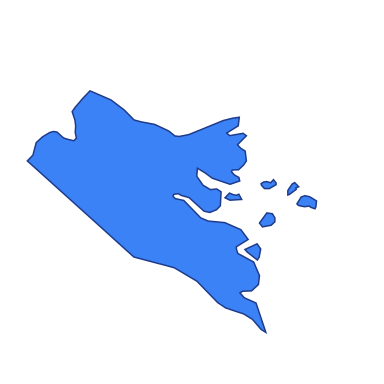 outline of Guinea-Bissau, rotated 222°
{"feature_id": "GNB", "entity_name": "Guinea-Bissau", "entity_type": "country or territory", "adm_level": 0, "iso_a3": "GNB", "parent_name": "Africa", "parent_adm1": "", "projection": "orthographic", "projection_center": [-15.403, 11.81], "detail": "fine", "context": "isolated", "style": "filled", "palette": "blue", "viewbox_px": 384, "rotation_deg": 222, "n_neighbors": 0, "source": "natural_earth", "source_scale": "50m", "svg_char_len": 2013}
<svg xmlns="http://www.w3.org/2000/svg" viewBox="0 0 384 384"><g transform="rotate(222 192 192)"><path d="M43.2,137.1L48.6,136.1L61.9,137.8L72.2,135.9L79.4,132.7L89.3,128.4L98.8,127.0L128.7,129.0L154.6,123.8L173.9,113.9L191.7,104.8L214.7,104.8L239.4,104.9L274.6,104.9L302.4,104.9L335.2,104.9L334.9,113.0L340.8,124.4L340.0,133.0L337.5,141.1L335.4,144.3L332.5,146.2L323.7,146.2L320.0,147.8L314.1,151.0L314.0,154.7L318.7,158.2L322.6,163.2L327.1,167.1L334.8,171.5L335.5,176.5L335.8,189.1L335.5,198.9L313.8,206.2L297.2,207.6L283.2,206.8L277.1,209.9L264.9,217.3L249.9,221.8L242.2,222.2L238.6,224.8L232.8,232.5L216.6,266.0L211.2,274.0L206.9,279.2L201.9,272.1L205.7,259.0L201.6,259.2L193.3,269.8L189.2,270.2L189.8,257.6L185.2,257.1L179.9,258.0L172.4,251.5L171.7,246.6L172.3,239.7L176.8,235.3L176.2,233.5L171.8,233.0L166.9,234.2L163.9,232.1L168.9,223.2L186.2,215.8L194.9,215.0L203.9,213.3L199.0,206.9L188.4,204.4L179.9,206.1L175.7,210.8L170.5,211.6L161.7,200.7L161.9,195.2L165.1,188.7L170.2,185.8L190.3,185.9L197.9,182.2L201.0,181.6L203.9,178.3L203.3,176.1L200.0,175.9L192.5,180.2L168.3,178.6L160.6,181.2L147.1,191.2L130.5,196.7L118.5,194.3L122.4,181.0L120.7,179.2L116.9,177.0L99.3,181.2L85.9,175.0L80.7,167.6L81.6,158.4L87.9,152.2L88.9,149.1L82.3,148.4L70.1,152.3L43.2,137.1ZM101.4,267.2L93.5,268.7L89.9,263.7L89.4,261.8L93.5,260.1L95.4,260.0L98.5,256.4L102.4,254.0L104.1,253.2L106.1,253.4L107.5,261.4L105.6,264.8L101.4,267.2ZM122.4,226.5L117.8,229.6L113.0,228.2L110.5,225.3L110.9,220.3L116.3,213.2L121.1,214.1L122.4,226.5ZM114.2,184.7L109.0,197.0L102.8,195.6L98.4,188.3L97.9,185.2L110.7,184.3L114.2,184.7ZM139.7,251.6L139.7,255.7L135.6,255.0L134.4,253.7L136.8,246.3L140.5,243.0L145.0,243.5L146.3,244.5L145.4,247.4L143.5,249.7L139.7,251.6ZM156.7,219.4L155.7,221.7L150.1,219.7L158.3,211.3L163.6,209.8L163.4,216.3L159.3,217.7L156.7,219.4ZM122.9,265.0L122.0,267.7L116.2,267.3L117.5,264.5L116.3,263.7L118.0,255.2L118.8,253.9L121.6,257.0L122.0,258.3L122.9,265.0Z" fill="#3b82f6" stroke="#1e3a8a" stroke-width="1.5"/></g></svg>